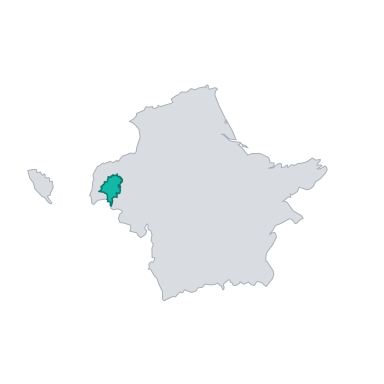 Alpes-de-Haute-Provence highlighted on a map of France, rotated 141°
{"feature_id": "FRA-5265", "entity_name": "Alpes-de-Haute-Provence", "entity_type": "Metropolitan department", "adm_level": 1, "iso_a3": "FRA", "parent_name": "France", "parent_adm1": "", "projection": "orthographic", "projection_center": [6.23, 44.166], "detail": "fine", "context": "in_parent", "style": "filled", "palette": "teal", "viewbox_px": 384, "rotation_deg": 141, "n_neighbors": 0, "source": "natural_earth", "source_scale": "10m", "svg_char_len": 5955}
<svg xmlns="http://www.w3.org/2000/svg" viewBox="0 0 384 384"><g transform="rotate(141 192 192)"><path d="M274.4,159.4L272.4,160.5L271.2,162.8L269.9,163.4L267.5,163.4L266.4,162.0L263.6,162.9L262.5,164.4L264.2,166.2L258.6,173.5L255.1,175.5L254.3,180.2L250.1,183.8L248.5,187.6L248.4,188.3L249.4,189.6L249.0,192.0L246.8,193.6L246.8,195.2L247.4,195.4L250.7,194.1L252.0,192.7L251.3,190.7L254.6,188.3L260.6,188.8L261.3,192.1L260.5,194.8L264.9,200.7L261.2,203.5L260.9,205.3L264.8,211.2L267.3,213.6L266.0,217.6L261.9,220.3L259.3,220.1L258.2,220.7L258.3,222.0L260.2,225.6L264.6,227.9L265.3,230.6L264.1,231.6L262.1,235.7L263.0,237.8L262.6,238.7L263.1,240.0L264.3,241.4L270.6,244.9L276.2,244.1L277.0,246.1L273.6,251.6L273.8,254.0L272.1,254.1L271.8,254.9L268.3,256.7L262.7,262.3L260.0,263.9L258.9,266.7L257.4,268.2L249.2,271.4L247.6,270.6L243.6,270.7L241.2,268.7L236.4,267.4L234.9,264.5L230.4,263.9L230.2,262.0L223.9,263.7L215.2,260.8L212.2,258.0L209.7,258.6L207.3,261.1L197.7,267.4L193.7,274.1L194.1,282.2L196.1,286.2L190.3,285.4L186.8,286.4L185.8,288.0L177.7,285.7L174.6,287.2L173.7,287.0L172.7,285.3L168.8,283.2L169.5,281.9L169.0,280.7L165.3,279.5L163.9,280.6L162.6,278.2L152.2,273.9L150.5,273.8L149.6,277.4L142.8,276.8L141.8,276.1L137.4,276.5L133.0,272.8L127.8,273.0L124.9,269.3L121.8,268.8L117.6,266.6L115.8,265.5L115.6,264.4L114.2,265.9L112.6,265.4L112.3,264.9L113.5,263.0L113.9,260.8L108.7,258.7L107.4,256.9L107.5,256.0L110.4,255.6L113.3,252.7L116.8,241.7L119.8,228.6L121.3,226.2L123.0,225.6L121.9,223.7L120.1,225.9L122.2,213.8L124.9,204.9L128.9,209.0L129.8,210.7L130.6,216.3L132.9,218.8L131.5,216.4L130.5,209.0L129.7,206.9L123.3,200.2L123.2,198.8L126.2,199.8L125.3,195.1L125.5,185.6L121.4,184.2L115.2,179.5L111.3,171.8L111.1,169.1L112.6,166.3L111.8,164.4L110.0,162.9L111.7,160.6L113.1,160.5L117.7,162.4L114.0,159.7L107.7,159.8L105.3,158.7L105.0,157.0L107.0,154.9L105.0,153.3L101.4,153.3L101.1,152.7L102.3,151.2L101.5,150.5L98.5,150.8L96.9,150.1L95.6,148.1L90.9,147.2L90.0,146.0L83.8,143.2L77.1,142.7L75.7,138.8L71.8,136.6L72.8,135.6L77.0,135.0L78.0,134.1L75.2,132.3L74.4,130.7L79.8,131.1L77.6,129.2L72.3,128.6L71.9,126.4L72.9,124.3L76.2,122.7L84.1,121.5L89.7,122.2L93.9,120.1L97.9,119.9L101.4,121.5L105.6,128.3L109.9,126.0L115.9,126.7L116.9,128.4L118.8,125.7L119.9,127.5L127.3,127.6L125.7,126.4L124.6,123.6L125.3,113.8L122.4,106.4L121.8,103.8L122.2,101.6L126.4,102.4L130.0,101.8L131.7,102.6L131.6,107.2L132.9,109.9L142.7,111.6L148.3,113.5L153.3,111.3L157.9,110.5L158.3,109.9L155.7,109.9L153.4,108.6L153.2,107.4L154.7,103.9L161.8,100.5L172.1,97.8L174.8,95.8L178.0,91.9L177.4,90.8L178.5,79.9L180.2,76.4L184.1,74.0L193.7,71.9L194.7,75.4L194.6,77.4L196.9,80.6L198.2,81.6L202.4,80.1L204.3,83.0L204.8,86.3L209.8,87.8L211.1,92.0L212.1,91.1L215.2,91.4L216.7,91.8L218.7,93.7L218.0,96.2L218.9,97.5L218.0,99.8L218.6,100.7L224.4,100.9L226.2,99.9L227.1,97.6L228.9,96.2L229.5,96.7L228.3,101.0L229.1,102.1L229.5,105.2L231.7,105.5L236.0,108.0L239.6,112.2L244.2,111.5L247.7,113.8L251.4,112.6L254.9,113.9L256.1,115.1L259.4,120.8L261.9,119.7L263.7,120.3L264.3,122.0L271.0,120.9L272.2,122.5L273.6,123.1L282.2,125.1L282.3,127.3L277.5,133.5L275.5,142.4L274.1,145.4L273.6,147.7L274.1,149.2L273.9,151.6L272.9,157.4L273.5,159.0L274.4,159.4ZM310.2,276.8L309.9,280.4L311.3,283.0L312.2,293.4L309.6,298.6L309.3,304.7L306.1,312.1L300.6,309.0L298.9,307.3L300.3,304.5L297.2,303.1L297.8,300.4L297.5,299.0L295.3,299.0L295.1,298.3L296.7,296.1L296.6,294.8L294.5,293.3L294.1,291.9L296.0,290.2L295.1,288.7L293.9,288.4L296.5,283.6L298.3,282.1L302.4,280.6L304.1,278.8L306.8,279.7L307.3,279.2L307.9,271.6L308.8,271.5L309.8,272.5L310.2,276.8ZM124.0,195.6L123.2,197.7L120.9,193.7L120.8,191.6L124.0,195.6Z" fill="#d9dde1" stroke="#a8b0b8" stroke-width="1"/><path d="M263.7,232.1L263.6,232.3L263.9,232.9L263.6,233.1L263.0,234.1L262.1,234.8L261.9,235.1L262.0,235.9L262.4,236.6L262.9,237.2L263.4,237.6L262.8,237.9L262.7,238.1L262.5,238.9L262.5,239.0L262.6,239.4L262.6,239.5L262.4,239.9L261.7,240.2L261.3,240.5L260.8,241.4L260.3,241.9L260.1,242.3L259.6,243.7L259.5,244.6L259.9,245.3L260.4,245.9L260.6,246.5L260.6,247.4L261.1,247.9L261.7,248.2L262.4,249.5L263.5,250.3L263.9,250.9L263.4,251.0L263.1,251.0L262.2,250.5L261.9,250.5L261.6,250.5L261.4,250.6L261.0,251.2L260.7,251.4L259.9,251.5L259.6,251.7L259.5,252.0L259.5,252.4L259.7,252.9L259.7,253.1L259.1,253.3L258.7,253.5L258.2,253.2L257.8,253.2L257.4,253.5L257.0,253.6L256.8,253.5L256.6,253.3L256.4,253.3L255.9,253.5L255.7,253.5L255.1,253.4L254.8,253.5L254.5,253.9L254.3,254.4L254.0,254.8L253.5,254.9L253.0,254.6L251.9,253.5L251.5,253.3L250.9,253.6L249.7,254.9L248.4,255.4L248.1,255.9L247.8,256.4L247.6,256.5L247.3,256.4L246.9,255.7L246.7,255.4L246.4,255.2L246.1,254.7L245.9,254.6L245.5,254.6L245.4,254.8L245.3,255.0L245.0,255.2L244.5,255.2L243.2,254.4L242.8,254.9L242.7,255.0L241.1,253.0L240.2,252.4L239.0,252.9L239.1,252.4L239.8,251.1L239.8,250.7L239.8,250.3L239.6,249.9L239.3,249.8L238.8,249.8L238.5,249.7L238.4,249.4L238.4,249.1L238.9,247.8L239.0,247.5L239.0,247.1L238.9,246.8L238.6,246.7L238.4,246.7L238.3,246.8L238.4,245.3L238.9,245.0L239.4,244.5L239.7,244.2L239.9,243.9L240.1,243.9L240.5,244.0L240.8,244.3L240.9,244.6L241.1,244.7L241.3,244.6L241.3,243.9L241.5,243.7L242.0,243.7L243.7,243.2L244.1,243.3L244.8,243.6L245.2,243.7L245.4,243.4L245.2,243.1L244.6,242.2L244.1,241.9L244.0,241.5L244.3,240.9L244.8,241.0L245.7,241.7L245.7,241.2L245.8,240.8L245.7,240.7L245.5,240.3L245.6,240.1L245.7,239.8L245.9,239.6L246.1,239.4L246.4,238.6L246.6,238.4L246.9,238.1L247.5,237.9L247.7,237.6L248.5,236.8L248.9,236.7L249.0,236.7L249.3,236.7L249.5,236.7L249.6,236.9L250.0,237.4L250.1,237.7L250.4,237.8L251.0,238.8L251.4,238.9L251.8,238.5L251.9,238.0L251.9,237.4L251.8,236.8L252.4,236.6L252.9,236.2L253.6,235.2L254.8,236.6L255.4,237.0L256.2,237.3L258.0,237.3L258.3,237.2L258.6,236.5L259.0,235.9L259.1,235.7L259.2,235.1L259.3,235.0L259.8,234.9L261.1,233.5L262.6,232.8L263.1,232.2L263.4,232.0L263.7,232.1Z" fill="#14b8a6" stroke="#0f766e" stroke-width="1.5"/></g></svg>